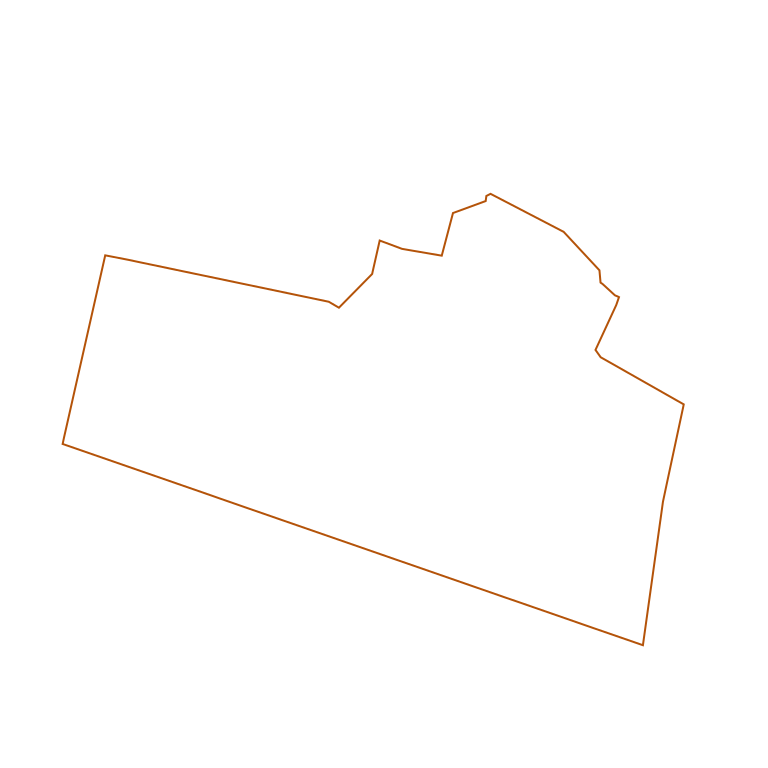 Durham, North Carolina, United States of America, rotated 281°
{"feature_id": "52423323B73804812534091", "entity_name": "Durham", "entity_type": "district", "adm_level": 2, "iso_a3": "USA", "parent_name": "United States of America", "parent_adm1": "North Carolina", "projection": "albers", "projection_center": [-78.845, 36.051], "detail": "fine", "context": "isolated", "style": "outline", "palette": "amber", "viewbox_px": 768, "rotation_deg": 281, "n_neighbors": 0, "source": "geoboundaries", "source_scale": "gbopen_adm2", "svg_char_len": 907}
<svg xmlns="http://www.w3.org/2000/svg" viewBox="0 0 768 768"><g transform="rotate(281 384 384)"><path d="M177.0,688.0L267.1,683.2L267.4,683.2L302.9,681.3L303.2,681.3L321.5,680.3L339.4,680.6L418.9,682.1L421.2,682.1L423.2,676.2L423.3,675.8L441.7,621.1L450.9,593.7L451.6,591.6L457.8,585.1L505.8,596.9L514.1,598.1L514.5,596.8L514.9,594.7L515.1,593.8L515.7,592.8L523.8,579.6L524.2,578.8L524.3,578.5L524.7,577.5L524.9,577.2L536.7,573.8L554.9,548.8L567.0,532.2L567.6,531.4L591.0,452.3L588.1,448.6L583.0,448.9L565.0,419.1L521.0,416.2L520.4,389.7L520.3,385.7L520.1,375.9L524.0,352.4L491.3,351.4L489.8,351.4L450.3,325.2L454.2,314.1L456.9,121.8L457.1,110.1L457.1,85.8L270.0,80.1L263.8,80.0L241.5,236.5L240.3,244.6L237.4,264.8L236.1,273.8L213.8,430.1L202.7,507.8L201.8,514.1L197.6,543.4L195.8,556.4L193.9,569.6L186.0,624.7L184.8,633.2L184.5,635.1L177.0,688.0Z" fill="none" stroke="#b45309" stroke-width="2"/></g></svg>